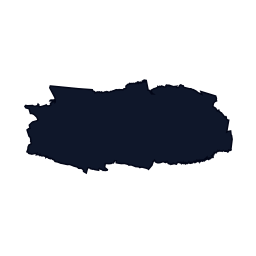 the district of UDA, Arges, Romania, rotated 280°
{"feature_id": "2599482B33003940641669", "entity_name": "UDA", "entity_type": "district", "adm_level": 2, "iso_a3": "ROU", "parent_name": "Romania", "parent_adm1": "Arges", "projection": "orthographic", "projection_center": [24.571, 44.88], "detail": "fine", "context": "isolated", "style": "filled", "palette": "ink", "viewbox_px": 256, "rotation_deg": 280, "n_neighbors": 0, "source": "geoboundaries", "source_scale": "gbopen_adm2", "svg_char_len": 5908}
<svg xmlns="http://www.w3.org/2000/svg" viewBox="0 0 256 256"><g transform="rotate(280 128 128)"><path d="M111.1,212.3L112.1,212.8L111.6,213.1L111.1,212.7L111.0,213.0L112.0,213.7L112.1,214.1L112.7,213.7L113.3,215.7L114.0,216.3L114.5,216.0L114.2,216.8L114.7,216.7L115.3,215.5L115.6,216.1L116.0,216.1L116.0,216.5L116.4,216.5L116.3,216.8L116.5,217.1L117.1,217.0L118.0,217.4L118.9,217.2L119.0,217.4L118.6,217.8L119.1,218.7L118.9,219.0L120.0,219.4L120.6,220.7L121.4,220.6L121.2,221.2L121.7,221.8L121.2,222.3L121.6,224.1L121.4,224.8L122.4,225.6L121.9,227.3L122.1,228.3L122.5,228.3L122.6,229.0L122.2,229.1L122.1,229.9L121.7,230.3L122.0,230.8L123.8,231.0L123.5,231.9L124.3,232.4L123.8,232.8L123.9,233.1L124.7,233.3L125.4,233.0L135.0,232.5L138.6,231.3L139.1,230.7L142.9,229.6L141.7,226.3L141.0,226.1L140.9,225.9L153.2,225.8L153.2,224.8L153.5,224.0L154.1,223.3L155.9,222.8L156.2,222.4L155.3,221.6L157.9,218.8L158.9,217.3L159.1,217.3L159.0,216.8L159.7,216.0L159.8,215.4L160.7,214.4L161.3,214.4L161.3,214.1L160.3,213.0L162.7,210.8L163.9,207.8L166.6,207.8L168.0,208.2L169.2,209.1L170.1,210.5L171.1,210.0L172.6,209.9L174.7,208.8L176.6,193.4L173.9,194.9L174.1,193.4L174.5,192.8L174.9,190.8L176.0,189.0L177.1,185.7L177.1,184.5L177.6,183.1L177.3,181.9L177.7,176.3L178.3,175.4L179.1,175.1L179.0,174.3L179.5,173.1L179.6,172.3L178.7,171.4L176.7,170.9L176.3,169.0L177.1,168.6L177.6,168.8L176.6,165.6L177.2,161.3L176.8,161.4L176.8,160.9L177.0,160.5L176.8,160.3L177.1,158.7L176.5,158.0L175.4,158.2L174.7,157.4L174.6,156.7L174.9,156.2L174.7,156.0L174.9,155.0L175.1,154.8L174.9,153.8L175.1,153.5L174.2,152.8L174.5,151.9L174.1,151.7L173.9,151.2L173.8,150.8L174.1,150.2L173.1,150.1L171.5,147.6L171.3,146.8L170.9,146.5L169.4,144.5L168.6,144.5L167.0,145.3L166.4,146.0L165.9,147.2L165.5,145.6L166.1,144.6L168.7,142.9L168.7,141.3L178.0,137.7L178.1,137.4L177.9,136.7L178.1,136.1L177.8,135.6L177.0,136.2L177.5,135.0L177.1,134.8L176.3,135.2L176.5,134.5L176.1,134.7L176.1,134.3L175.3,133.2L174.8,133.5L174.5,133.1L175.1,132.6L174.9,132.4L175.2,131.9L174.4,130.9L173.8,130.5L175.1,130.0L175.0,129.5L174.8,129.3L174.2,129.6L173.2,128.2L173.7,127.9L173.0,127.0L172.8,126.2L172.9,125.5L172.4,124.4L172.4,123.2L171.8,122.3L172.1,121.7L171.2,121.3L170.9,120.2L168.9,118.7L167.3,119.1L166.5,119.0L165.8,117.1L164.7,116.4L164.5,114.3L164.0,112.9L164.3,112.5L163.7,111.7L163.8,110.3L163.2,108.8L162.3,108.0L162.2,107.2L161.0,105.3L161.0,104.6L160.1,103.7L159.7,102.5L160.0,102.3L160.2,100.8L159.5,100.5L159.7,99.2L158.7,98.1L158.7,96.9L158.1,96.4L158.1,96.2L158.8,95.6L158.4,95.2L158.5,94.3L158.1,94.0L158.6,93.5L158.6,93.2L158.1,92.9L158.2,91.4L157.1,90.3L157.3,89.9L157.0,89.2L157.7,89.0L158.1,88.3L158.3,86.9L159.5,86.2L158.1,72.7L155.9,44.2L154.0,44.0L145.3,50.8L142.1,51.7L140.8,51.9L140.4,51.6L142.9,50.4L142.5,49.6L142.3,48.0L141.9,46.8L141.2,46.5L141.4,48.5L141.0,49.1L141.0,49.7L140.8,49.7L138.9,47.4L137.1,48.0L135.9,45.9L135.8,44.4L136.6,43.4L136.1,43.0L133.8,38.4L133.5,36.9L134.4,36.3L135.3,36.2L135.9,35.3L134.3,35.0L133.2,32.7L133.2,31.1L133.6,30.2L132.4,25.0L132.5,23.4L131.4,22.7L130.1,23.9L129.8,27.2L125.4,29.4L125.6,31.1L125.0,33.2L123.0,36.2L120.5,38.0L119.4,37.2L117.4,33.1L116.4,32.2L113.7,30.3L110.7,31.6L110.1,30.3L108.6,28.9L102.7,32.0L102.1,32.9L101.9,33.5L98.9,34.5L98.0,34.4L96.6,35.4L95.1,35.1L94.2,33.5L91.9,32.9L89.6,33.1L87.0,32.6L86.7,33.9L85.9,34.5L85.7,35.1L85.7,36.4L85.9,36.6L85.6,37.2L85.6,37.9L86.9,41.2L86.6,42.2L86.9,42.5L85.7,42.4L86.2,43.7L86.1,44.7L86.4,45.1L85.8,45.8L86.4,46.0L85.8,46.3L85.9,46.8L85.6,47.8L85.8,49.2L86.2,49.3L86.3,49.6L85.7,51.2L86.0,51.9L84.8,52.2L85.8,53.0L85.8,53.4L85.2,53.1L85.3,54.2L84.6,54.8L84.3,56.7L84.7,56.8L84.8,57.2L84.5,57.6L84.8,58.3L84.0,59.3L84.0,60.3L82.4,62.0L82.3,64.8L81.6,68.3L81.7,69.0L81.5,74.5L82.0,77.0L81.4,80.2L81.2,80.7L80.8,84.8L79.8,86.4L79.9,87.8L80.3,88.5L80.3,89.0L79.2,91.3L77.5,91.8L76.4,94.7L80.1,95.0L81.8,95.5L82.2,96.1L82.2,97.4L81.5,97.8L81.3,100.3L81.6,101.2L81.3,102.4L81.3,106.4L82.3,106.2L83.2,106.8L82.8,107.8L82.4,110.1L81.9,110.8L82.4,111.9L82.1,112.7L82.8,114.8L83.4,114.9L84.9,112.2L85.4,111.8L89.1,111.8L89.6,115.6L90.2,117.7L90.8,118.2L91.1,119.7L93.5,120.6L93.6,122.3L91.8,122.4L91.7,123.0L91.8,127.5L92.5,130.8L92.2,134.4L91.6,135.3L92.0,136.5L92.2,138.0L91.3,142.4L91.7,145.2L91.1,146.4L91.9,148.3L91.9,149.0L91.6,153.0L91.2,155.0L90.9,155.4L94.6,157.5L95.4,157.6L95.4,158.0L99.2,158.6L101.0,159.7L99.4,160.9L99.0,162.3L98.9,163.5L99.4,165.5L101.0,168.4L100.6,170.7L101.0,171.0L100.7,171.3L101.1,171.9L101.9,172.3L101.3,173.0L100.1,173.8L99.8,175.3L100.0,176.0L99.6,176.5L100.0,177.0L100.0,177.6L100.4,178.2L100.5,178.6L101.1,178.7L100.8,179.4L101.0,180.4L100.8,181.1L100.8,182.0L102.2,182.4L102.9,183.1L102.8,185.5L103.3,185.9L102.7,186.1L102.1,186.8L102.5,187.2L102.9,186.9L103.0,187.9L103.5,188.1L102.7,188.3L102.6,188.6L102.7,189.0L103.1,189.0L103.6,189.6L103.7,190.3L102.8,190.4L102.6,190.8L103.1,191.1L103.2,191.8L103.7,191.4L103.4,192.6L104.2,193.1L104.0,193.4L104.1,193.7L105.0,193.9L104.5,194.2L104.1,194.9L104.2,195.1L104.1,195.6L104.4,195.8L105.0,195.6L105.2,196.2L104.5,196.6L104.5,196.9L104.9,197.1L105.1,197.8L106.4,198.4L106.1,199.1L106.3,199.2L106.0,199.4L106.1,199.6L105.6,200.0L106.2,200.5L106.5,200.1L106.8,200.3L106.3,200.9L106.4,201.1L106.9,201.0L107.0,201.4L107.4,201.1L107.6,201.5L108.3,201.5L108.2,201.8L107.9,201.8L107.8,202.2L107.4,202.3L108.0,202.9L107.5,203.3L108.1,203.5L107.6,203.7L107.8,204.3L107.3,204.5L108.0,204.7L107.6,205.1L108.0,205.5L108.9,205.2L109.0,205.8L108.7,206.1L108.9,206.5L108.4,206.4L108.3,207.1L108.9,207.3L108.7,207.6L108.9,207.8L109.4,207.3L109.5,207.9L109.1,208.4L109.6,208.6L109.1,209.0L109.8,209.6L110.2,209.1L110.4,209.4L110.1,209.8L110.3,210.1L110.9,209.2L111.2,209.4L111.1,210.3L111.5,210.2L111.6,210.9L112.1,210.2L112.5,210.4L112.2,210.7L112.6,210.9L112.1,211.0L112.3,211.4L112.0,211.7L111.3,211.4L111.1,212.3Z" fill="#0f172a" stroke="#020617" stroke-width="1.5"/></g></svg>